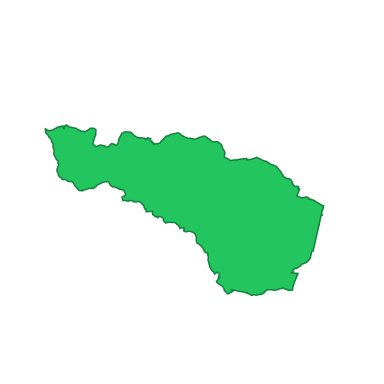 Romos, Hunedoara, Romania (Robinson projection), rotated 143°
{"feature_id": "2599482B98815243536941", "entity_name": "Romos", "entity_type": "district", "adm_level": 2, "iso_a3": "ROU", "parent_name": "Romania", "parent_adm1": "Hunedoara", "projection": "robinson", "projection_center": [23.317, 45.815], "detail": "fine", "context": "isolated", "style": "filled", "palette": "green", "viewbox_px": 384, "rotation_deg": 143, "n_neighbors": 0, "source": "geoboundaries", "source_scale": "gbopen_adm2", "svg_char_len": 6050}
<svg xmlns="http://www.w3.org/2000/svg" viewBox="0 0 384 384"><g transform="rotate(143 192 192)"><path d="M145.6,219.9L146.1,223.1L146.9,225.0L147.3,226.8L148.2,228.9L148.9,229.6L150.3,230.2L151.6,230.4L153.0,231.1L156.6,231.9L158.9,233.1L159.5,234.2L161.4,236.2L163.1,237.3L163.5,237.8L163.4,238.6L164.6,239.9L165.1,240.9L165.2,241.8L165.7,242.4L166.1,243.4L166.6,246.2L167.1,247.0L168.3,248.1L171.0,249.1L174.1,250.8L176.7,251.1L179.1,252.1L184.4,251.2L186.9,250.9L188.0,250.4L190.6,251.2L191.5,252.0L193.9,253.3L193.1,254.1L193.3,254.4L193.7,254.5L193.7,255.0L194.1,255.7L194.1,256.3L193.7,256.3L193.4,256.6L193.9,257.1L194.1,257.9L194.0,258.2L193.9,259.2L193.7,259.5L193.1,259.6L194.1,260.7L194.4,261.9L194.8,262.0L195.4,261.5L195.9,261.8L196.3,261.6L196.9,261.9L197.4,262.3L197.1,262.7L197.1,263.1L198.1,263.7L199.7,265.8L201.0,266.5L202.2,267.6L202.6,267.8L204.3,272.1L204.3,273.2L204.7,274.2L204.6,275.5L205.0,276.5L205.5,277.1L208.7,279.9L210.1,280.7L211.4,280.7L212.6,281.1L218.4,278.4L219.3,277.8L221.0,275.9L223.5,274.8L224.1,275.0L224.6,275.3L225.3,276.4L225.6,277.4L227.4,279.2L230.8,278.5L232.9,279.0L233.3,279.3L233.8,279.9L233.8,280.7L234.4,282.0L236.1,283.5L236.4,284.3L237.3,285.0L240.0,285.4L240.7,285.7L241.6,286.9L242.1,288.8L241.9,290.2L241.6,290.8L240.6,291.6L239.1,292.5L237.3,294.0L234.5,295.5L232.6,298.1L231.4,299.0L231.4,299.9L232.0,301.9L233.0,302.8L235.0,304.1L237.5,304.0L241.4,304.5L242.2,305.8L244.0,307.2L244.2,308.3L245.4,310.1L246.4,312.8L250.7,317.5L251.9,321.1L252.6,320.9L253.0,321.2L254.1,321.2L254.8,320.6L256.0,319.9L256.0,320.2L255.2,322.0L256.0,323.0L256.7,322.7L257.3,323.2L257.9,323.2L258.7,324.2L263.9,325.2L265.5,325.1L267.7,326.1L268.3,326.7L270.2,327.8L270.5,329.3L271.1,330.7L272.6,328.3L273.1,327.1L273.1,325.9L272.8,323.7L273.3,322.2L272.7,319.1L273.7,317.0L274.0,313.9L275.5,312.1L276.2,311.1L276.9,308.8L277.5,307.5L279.0,306.3L279.9,304.6L280.1,303.5L280.2,301.5L280.8,300.0L280.8,299.4L280.2,297.7L280.4,296.9L280.8,296.4L281.8,295.8L281.9,294.4L282.9,293.4L286.2,291.3L287.1,290.3L287.8,287.5L288.7,284.6L288.6,283.6L287.9,282.4L288.1,280.2L287.5,279.4L286.4,278.8L285.7,278.2L285.3,277.4L284.6,275.0L282.2,273.1L281.4,272.0L281.2,271.3L281.2,270.7L281.9,267.3L281.5,265.3L281.4,261.8L280.9,260.8L278.7,258.9L278.5,259.3L277.1,258.5L272.9,257.1L270.0,255.6L268.5,254.0L267.5,254.2L266.7,254.5L266.2,254.4L265.6,254.0L263.9,254.5L263.0,254.6L260.2,253.9L257.2,253.4L255.4,252.6L254.3,251.6L252.6,250.9L252.6,248.9L253.0,247.6L253.1,246.2L252.7,244.8L252.1,243.5L250.7,243.1L250.4,241.8L248.5,239.1L248.6,238.4L248.4,237.8L247.4,236.9L246.9,236.1L245.8,235.3L245.5,234.5L245.6,233.7L245.9,232.7L245.9,231.6L246.5,230.3L247.3,229.7L248.0,229.5L250.0,230.1L251.0,230.0L251.2,229.8L251.4,228.9L252.2,227.1L251.6,226.1L249.6,224.7L248.8,223.2L246.8,222.6L245.2,221.2L244.6,220.5L244.6,219.5L244.3,219.0L242.2,217.4L240.6,217.0L240.0,216.4L239.6,215.1L239.2,214.2L239.1,211.7L238.6,210.6L238.9,209.4L239.4,208.8L239.5,207.9L240.0,207.1L239.2,205.8L239.2,205.4L240.6,203.9L236.6,201.2L234.9,200.4L235.0,200.1L236.1,199.2L237.0,197.5L236.3,196.4L236.1,196.0L236.4,194.5L235.6,194.2L235.1,193.7L235.1,192.3L234.5,192.0L233.9,192.2L233.2,192.2L232.5,191.8L231.6,190.7L230.6,188.6L230.6,188.3L231.9,186.8L232.0,184.0L231.5,183.4L231.0,183.2L231.3,183.0L230.1,182.4L228.9,181.9L228.4,181.3L227.1,180.5L226.4,179.7L225.0,178.6L223.6,177.3L223.7,176.0L223.1,174.1L223.1,172.5L222.7,172.4L222.9,171.3L223.5,170.1L222.7,169.9L222.6,170.1L221.7,169.7L220.9,168.6L220.1,168.5L220.0,168.3L220.0,168.0L220.4,167.4L221.6,166.4L221.4,166.1L221.9,165.8L221.9,165.6L221.1,164.7L221.1,164.1L220.8,163.8L218.7,162.9L217.3,162.0L215.0,158.2L214.8,155.4L215.5,154.3L215.9,152.9L217.6,151.1L218.8,148.3L217.9,146.6L217.0,142.1L217.4,138.6L218.0,136.7L217.4,135.1L216.8,134.3L216.1,133.8L217.6,131.8L217.6,131.2L218.4,129.6L219.5,128.9L220.2,127.8L223.0,121.0L223.3,116.7L222.8,115.2L222.7,114.5L223.2,113.9L223.3,112.9L220.3,112.8L219.2,110.3L222.0,108.2L222.2,107.7L221.4,107.4L221.7,106.7L223.1,107.2L224.8,105.9L226.2,106.1L226.5,105.0L226.3,103.2L224.5,98.7L224.4,97.4L224.9,94.7L225.5,93.9L225.1,91.6L225.0,89.3L223.9,88.8L221.0,88.3L219.2,88.1L219.0,88.6L219.1,89.1L219.9,90.8L208.8,78.6L208.6,78.1L208.9,77.9L208.7,77.8L207.3,75.6L207.4,75.4L207.1,74.9L207.0,74.2L206.6,73.5L206.3,73.3L205.3,73.3L203.9,72.2L202.6,70.8L198.6,69.0L198.0,68.4L197.2,68.3L196.2,68.5L195.2,68.0L193.3,68.6L191.3,68.6L190.9,68.8L186.9,65.8L185.8,64.3L182.1,62.3L180.1,62.0L178.9,61.3L178.8,61.0L178.3,61.0L176.6,60.2L176.3,58.7L175.9,58.0L174.9,57.3L174.4,55.8L173.9,55.1L170.7,53.3L167.9,55.9L164.8,58.1L156.4,63.2L161.0,67.5L159.3,67.6L158.9,68.5L157.9,68.8L157.1,68.7L156.3,69.1L154.8,68.6L154.4,68.0L153.7,67.9L152.4,68.0L149.9,67.6L148.0,68.3L145.4,67.4L141.8,66.9L137.7,67.8L132.1,72.5L131.7,72.6L130.9,71.9L110.8,88.9L110.0,89.0L110.0,89.6L103.7,95.0L103.1,95.3L102.3,95.0L101.8,95.3L102.4,96.0L98.5,99.4L97.5,99.6L96.8,100.2L95.5,101.3L95.3,102.0L96.1,102.9L99.8,112.2L100.8,113.6L101.3,114.5L102.3,115.3L103.0,116.2L103.1,116.5L102.4,116.7L102.7,118.2L103.8,119.3L107.8,121.1L110.7,125.6L104.2,129.7L105.3,131.0L103.6,132.3L106.2,134.5L107.1,136.2L107.2,137.0L106.9,137.0L106.6,137.3L106.8,137.7L105.6,141.2L105.6,141.9L105.8,143.0L106.5,144.1L108.8,146.5L108.9,147.8L109.3,148.0L109.4,148.9L109.6,149.0L109.4,149.8L109.5,150.5L109.1,151.1L109.3,151.8L109.4,152.8L108.9,153.9L109.1,154.5L108.8,155.4L109.0,156.5L109.3,161.6L109.5,162.3L110.5,163.8L110.7,164.4L111.5,165.2L111.7,165.8L112.6,167.1L113.0,167.8L113.1,168.9L113.5,169.6L113.5,170.1L114.0,170.7L114.0,171.3L114.3,171.6L114.4,172.1L115.4,173.2L116.7,175.0L116.8,175.6L119.1,179.9L119.4,180.7L123.9,182.0L127.5,183.8L128.7,184.5L128.1,185.9L128.8,186.2L133.7,189.2L137.0,190.7L139.1,192.3L142.2,193.8L144.0,198.2L145.1,200.3L144.5,201.2L142.4,203.1L142.1,203.6L141.5,205.4L141.4,206.5L141.4,208.1L140.6,209.8L140.2,211.9L140.2,213.2L140.6,214.1L140.5,215.0L141.2,216.4L143.0,218.2L144.4,218.9L145.6,219.9Z" fill="#22c55e" stroke="#15803d" stroke-width="1.5"/></g></svg>